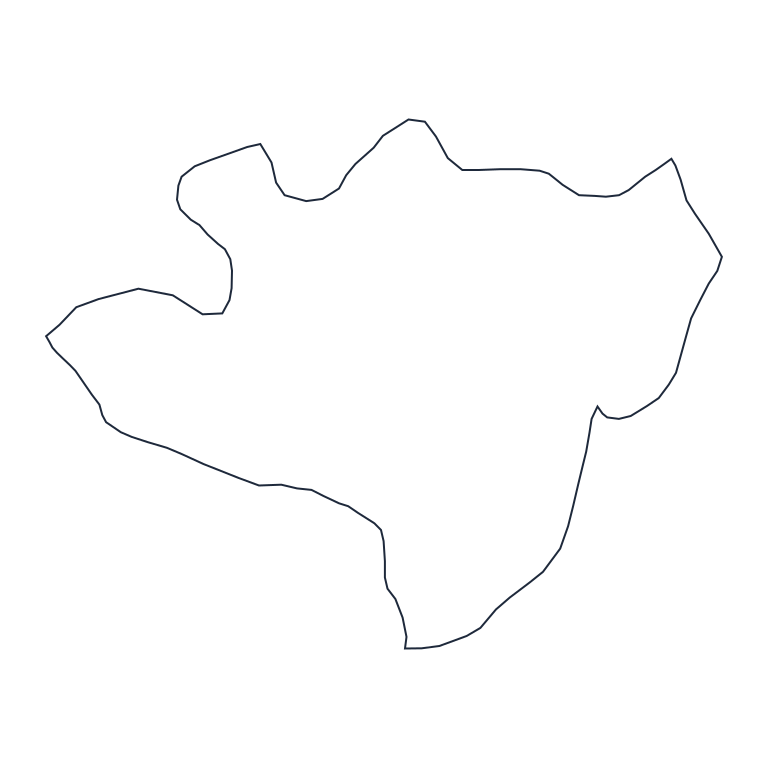 outline of Betong, Sarawak, Malaysia
{"feature_id": "92858781B57071016151850", "entity_name": "Betong", "entity_type": "district", "adm_level": 2, "iso_a3": "MYS", "parent_name": "Malaysia", "parent_adm1": "Sarawak", "projection": "robinson", "projection_center": [111.499, 1.495], "detail": "fine", "context": "isolated", "style": "outline", "palette": "slate", "viewbox_px": 768, "rotation_deg": 0, "n_neighbors": 0, "source": "geoboundaries", "source_scale": "gbopen_adm2", "svg_char_len": 1687}
<svg xmlns="http://www.w3.org/2000/svg" viewBox="0 0 768 768"><path d="M405.0,648.5L421.7,648.3L439.3,646.0L466.6,636.0L480.4,627.9L496.0,609.4L509.8,597.5L529.9,582.3L543.0,571.8L560.2,548.6L568.1,526.2L573.2,505.8L578.2,484.4L582.8,465.4L586.2,451.6L589.5,432.6L591.6,418.9L597.5,406.5L602.5,413.6L607.2,417.4L618.9,418.9L630.7,416.0L647.0,406.0L658.8,398.0L668.8,384.6L676.0,372.8L685.9,337.0L691.1,318.4L700.3,299.9L708.8,283.5L717.3,270.9L721.9,256.8L721.6,256.3L708.8,233.8L695.0,213.8L686.5,200.4L680.6,179.6L675.4,165.5L671.4,158.8L664.2,164.0L655.7,170.0L645.2,176.7L628.8,190.0L619.0,195.2L605.9,196.7L594.7,195.9L579.0,195.2L562.6,184.8L554.2,178.0L548.8,173.7L539.6,170.7L520.6,169.2L500.3,169.2L478.7,170.0L462.3,170.0L447.8,158.1L436.0,136.6L424.9,121.7L408.5,119.5L382.9,135.8L373.7,147.7L355.4,164.0L346.2,175.2L339.0,188.5L322.6,198.9L306.2,201.1L284.6,195.2L276.1,182.6L271.5,162.5L260.3,144.0L258.7,144.4L247.2,147.0L209.8,160.3L194.7,166.3L181.6,176.7L178.4,185.6L177.0,199.7L180.3,209.3L190.8,219.7L198.0,224.2L199.3,224.9L207.6,234.5L218.1,244.0L224.9,249.2L230.3,259.2L232.0,270.6L231.6,288.2L229.5,300.1L222.3,313.4L202.6,314.3L172.8,295.3L138.4,288.7L98.5,299.1L76.3,307.2L59.5,324.8L46.1,336.2L49.4,341.9L52.4,347.6L57.0,352.8L62.4,358.0L70.0,365.2L75.5,370.9L91.8,394.6L99.4,404.6L102.3,415.1L106.1,422.2L120.8,432.2L131.7,436.9L147.6,442.1L166.9,447.8L181.6,454.0L203.4,464.0L238.7,478.0L259.0,485.5L281.3,484.7L297.0,488.4L311.5,489.9L323.3,495.9L339.0,503.3L348.2,506.2L358.0,512.9L374.4,523.3L381.0,530.0L383.6,541.1L384.9,561.2L384.9,577.5L387.5,588.7L395.4,599.0L402.6,617.6L406.5,636.9L405.0,648.5Z" fill="none" stroke="#1e293b" stroke-width="2"/></svg>